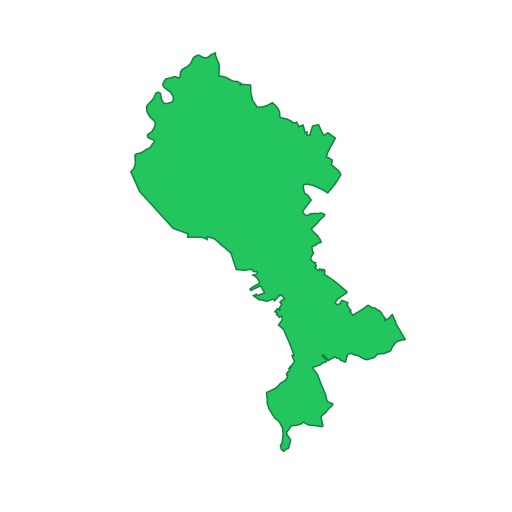 outline of Purísima, Córdoba, Colombia, rotated 121°
{"feature_id": "7082276B35662466924312", "entity_name": "Purísima", "entity_type": "district", "adm_level": 2, "iso_a3": "COL", "parent_name": "Colombia", "parent_adm1": "Córdoba", "projection": "albers", "projection_center": [-75.703, 9.291], "detail": "fine", "context": "isolated", "style": "filled", "palette": "green", "viewbox_px": 512, "rotation_deg": 121, "n_neighbors": 0, "source": "geoboundaries", "source_scale": "gbopen_adm2", "svg_char_len": 6140}
<svg xmlns="http://www.w3.org/2000/svg" viewBox="0 0 512 512"><g transform="rotate(121 256 256)"><path d="M248.3,406.7L260.6,389.1L275.0,341.2L271.9,325.6L275.1,324.4L268.4,313.1L267.8,312.0L267.3,309.7L267.0,306.4L264.7,308.1L262.9,302.1L262.8,300.1L263.2,296.8L264.6,291.0L264.9,287.1L266.5,278.9L275.3,268.7L277.8,266.0L274.0,258.2L269.9,253.5L270.5,250.2L270.3,249.2L269.2,247.8L269.1,246.6L269.6,246.2L270.4,246.1L271.7,246.5L274.0,248.7L273.8,246.0L274.2,244.3L276.0,240.2L277.5,239.1L277.8,239.0L283.0,242.2L287.3,244.1L288.2,242.6L283.3,239.5L279.2,236.6L283.2,229.6L289.2,234.5L288.5,235.9L291.4,237.8L291.9,230.2L290.8,229.4L290.6,227.9L289.3,223.6L288.8,222.9L284.3,219.5L284.1,218.7L284.8,216.9L279.9,216.1L277.7,216.0L277.9,215.0L276.7,214.6L276.5,214.1L276.7,212.9L277.8,209.8L278.0,209.5L281.7,211.5L283.1,211.7L283.4,211.6L284.1,209.1L288.1,209.1L288.9,208.7L289.9,207.5L290.3,207.8L289.7,209.6L290.1,210.4L294.0,211.1L293.8,208.5L295.3,208.5L295.7,208.2L295.7,206.1L296.6,204.7L296.4,204.1L294.4,203.5L294.8,202.4L296.5,201.1L298.0,200.5L299.7,200.9L303.6,201.1L304.6,195.5L305.1,194.1L313.4,182.5L321.0,172.8L321.6,172.4L322.9,172.7L322.3,173.5L322.8,173.8L324.6,171.6L326.4,168.7L331.9,169.0L331.9,169.4L332.1,169.4L332.1,168.9L332.9,168.6L333.4,168.7L333.3,169.5L334.3,169.8L334.7,169.4L334.8,169.7L335.7,169.8L336.3,168.4L337.4,168.4L338.7,169.0L341.5,169.2L341.7,168.3L342.3,168.2L342.3,167.1L344.5,166.7L347.5,166.8L352.0,169.2L353.9,169.8L355.9,170.0L358.8,170.9L365.0,174.8L367.3,176.6L368.7,176.1L372.6,172.8L375.8,171.0L377.0,170.0L378.4,168.2L380.1,166.5L380.4,165.8L381.3,164.5L382.4,161.7L383.3,160.8L383.9,159.0L385.2,156.4L386.2,150.3L387.8,148.2L389.5,144.9L394.7,141.0L397.6,139.7L399.1,138.8L400.1,138.6L401.0,138.0L402.1,137.6L403.4,137.6L404.4,137.1L405.3,137.5L405.9,137.5L407.5,135.7L408.6,134.9L409.2,131.6L406.2,130.8L404.3,129.2L403.2,129.3L395.8,131.5L393.3,137.3L391.1,139.0L387.9,138.4L383.6,138.5L380.2,134.0L378.4,132.3L375.8,130.3L373.9,129.8L374.0,125.7L373.4,122.8L370.6,117.3L368.4,111.8L367.8,111.2L367.0,111.1L361.1,117.0L360.4,117.4L358.1,117.1L354.9,115.7L349.8,115.1L345.3,113.7L343.5,113.7L343.2,114.0L343.2,114.3L343.9,118.8L343.5,120.3L342.0,122.3L341.0,122.9L337.9,126.3L332.4,134.1L327.2,140.5L325.7,142.8L322.6,150.2L316.3,144.9L315.6,144.6L314.2,144.4L311.0,141.7L310.0,141.3L309.6,141.3L309.1,141.7L308.6,143.0L307.2,147.8L305.9,147.1L308.3,140.2L301.5,136.2L302.0,133.8L301.1,132.2L301.5,130.2L302.0,129.4L301.4,128.5L301.3,127.4L301.0,126.8L301.3,126.1L301.0,125.5L300.9,124.8L298.5,125.2L296.0,126.5L295.2,125.9L294.3,126.7L292.8,126.1L292.3,126.2L290.4,124.1L290.1,120.5L289.5,119.2L288.7,116.7L288.9,114.4L288.4,109.2L287.2,106.7L284.8,104.9L283.4,103.3L282.1,102.4L280.5,101.8L279.5,101.8L277.7,101.4L275.4,98.6L274.0,96.3L273.1,95.4L271.5,94.4L270.9,94.6L270.7,94.4L270.9,94.0L269.1,92.3L267.7,91.8L266.8,91.8L265.2,92.2L263.2,92.2L261.1,91.8L260.0,91.9L256.9,91.3L254.2,88.8L253.2,88.2L251.5,85.8L250.6,85.2L242.0,101.0L239.8,103.3L238.5,105.7L237.3,106.9L236.0,108.9L236.5,109.3L240.4,109.8L244.9,112.3L244.3,112.8L243.2,113.0L242.6,113.8L241.8,116.3L240.4,118.6L239.2,121.8L239.8,124.2L239.5,125.2L239.4,127.2L240.6,130.5L240.3,133.6L240.6,134.4L241.1,135.0L244.9,136.4L251.5,139.6L253.2,140.7L256.9,142.3L255.3,147.0L254.4,146.4L253.8,146.5L253.0,149.0L252.1,150.4L251.3,152.5L250.3,152.9L249.0,153.0L248.8,153.7L249.1,156.4L249.9,159.5L253.5,159.5L255.9,161.0L256.0,161.6L255.1,164.1L254.8,164.2L252.3,163.9L251.6,164.2L241.0,159.3L240.2,159.4L239.9,159.6L239.2,162.9L237.1,175.9L236.5,188.0L233.3,189.3L233.4,189.7L232.6,190.4L233.1,191.9L234.7,191.7L234.5,192.7L234.2,192.7L234.0,193.3L234.0,194.7L236.3,194.6L235.8,199.7L233.9,199.0L233.2,199.3L232.1,201.2L231.4,201.9L231.1,201.8L231.6,202.7L231.7,204.9L231.0,206.1L230.6,207.6L229.1,208.1L226.8,208.3L224.0,208.1L223.4,208.7L222.9,210.1L219.3,212.8L218.7,212.5L215.4,210.1L213.4,209.6L210.9,207.3L210.6,207.4L208.6,209.8L208.3,211.1L206.7,214.3L205.3,220.9L203.4,222.7L202.0,221.8L200.0,221.2L190.5,219.4L186.4,218.1L185.3,218.2L185.0,218.8L185.0,219.4L185.8,222.7L187.9,224.8L189.0,227.3L190.3,228.8L191.3,230.5L192.4,231.5L194.1,232.3L195.2,233.4L195.6,234.1L195.5,235.6L193.9,239.1L179.6,237.5L177.7,241.8L177.2,243.4L177.1,245.4L177.5,246.0L176.0,248.0L171.8,251.5L170.0,251.6L167.9,248.9L166.3,244.2L165.8,242.0L164.8,231.3L165.0,227.1L154.3,225.3L143.1,225.1L142.4,225.4L141.4,226.8L140.3,229.6L139.3,235.4L139.3,238.2L135.1,239.6L134.5,240.1L134.4,243.3L134.7,246.8L129.6,248.0L114.1,248.7L113.3,257.8L117.4,259.8L117.4,261.4L116.4,262.5L111.3,269.9L112.3,271.4L115.6,274.4L123.6,272.5L124.6,272.0L126.1,274.5L123.4,276.0L125.2,277.7L123.3,279.0L119.5,283.2L123.0,285.8L120.3,290.0L123.2,292.9L122.5,293.5L122.2,295.8L122.6,300.0L123.9,303.2L124.7,306.9L123.7,307.8L120.5,309.8L118.5,312.8L117.1,316.6L116.1,320.9L121.4,324.1L125.2,327.5L127.8,331.6L124.3,339.1L118.4,344.8L112.2,348.6L116.2,356.8L117.4,356.7L117.8,357.6L115.8,358.0L116.1,362.1L117.3,364.2L118.1,366.6L118.4,374.2L120.6,380.6L111.7,385.5L109.8,387.4L107.3,391.2L104.4,394.5L102.8,395.4L106.6,398.2L110.1,399.4L111.5,400.5L112.3,401.9L113.1,404.0L113.3,408.8L116.4,411.1L118.8,411.7L123.3,411.3L126.1,411.4L128.8,412.4L133.5,415.0L135.1,415.5L136.6,415.5L138.0,415.1L140.9,413.6L142.2,413.4L143.3,414.5L144.1,418.2L147.5,421.1L150.6,424.4L153.2,424.8L154.8,424.7L156.7,424.3L157.7,423.6L158.4,422.7L158.9,421.1L159.6,414.3L160.2,412.3L162.2,409.0L163.7,407.8L165.3,407.2L167.1,407.3L168.6,408.3L171.6,411.4L172.4,413.2L172.1,414.9L170.9,416.9L169.7,418.4L166.2,421.3L165.7,422.4L165.7,423.4L166.4,424.8L168.1,425.7L172.3,425.0L175.0,425.1L181.2,426.6L182.9,426.8L184.1,426.7L185.6,426.0L187.4,424.7L188.4,423.6L190.4,420.5L191.3,418.8L192.6,413.0L193.5,411.4L194.1,410.8L196.4,409.7L198.8,409.3L202.8,409.3L204.0,409.6L207.6,411.4L208.5,411.2L209.5,410.5L210.1,408.6L209.3,403.1L209.6,402.4L210.1,402.0L211.1,401.9L213.3,402.5L216.3,402.3L218.0,402.9L221.2,404.8L226.6,407.5L230.1,411.2L231.5,411.8L232.5,411.4L237.7,407.7L241.0,406.4L242.9,406.0L244.9,405.8L248.3,406.7Z" fill="#22c55e" stroke="#15803d" stroke-width="1.5"/></g></svg>